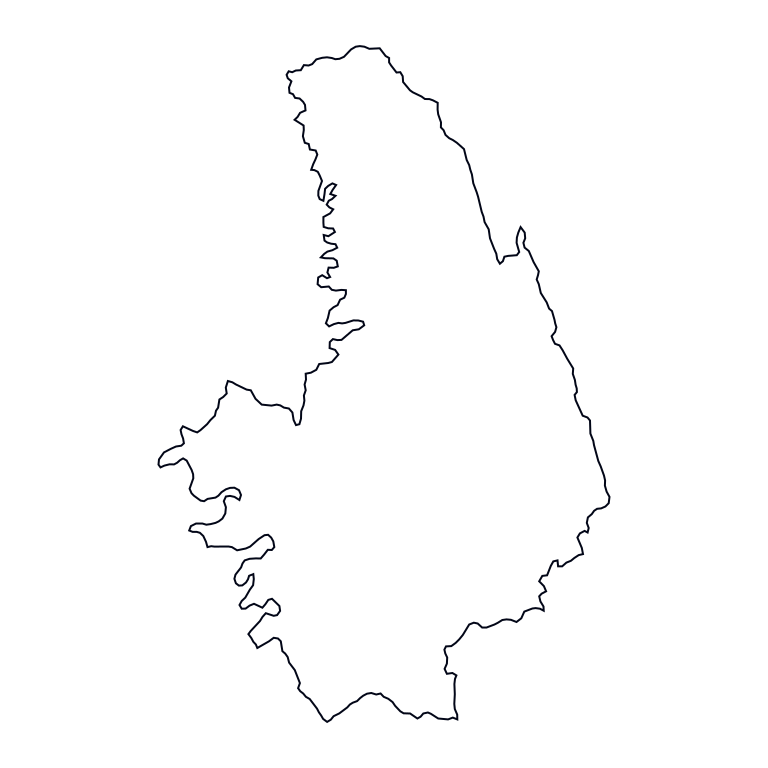 outline of Santana de Pirapama, Minas Gerais, Brazil
{"feature_id": "56859067B86062210770309", "entity_name": "Santana de Pirapama", "entity_type": "district", "adm_level": 2, "iso_a3": "BRA", "parent_name": "Brazil", "parent_adm1": "Minas Gerais", "projection": "natural_earth1", "projection_center": [-43.935, -18.888], "detail": "fine", "context": "isolated", "style": "outline", "palette": "ink", "viewbox_px": 768, "rotation_deg": 0, "n_neighbors": 0, "source": "geoboundaries", "source_scale": "gbopen_adm2", "svg_char_len": 6086}
<svg xmlns="http://www.w3.org/2000/svg" viewBox="0 0 768 768"><path d="M543.7,610.7L543.5,606.5L540.4,601.4L539.2,596.3L541.6,593.7L546.1,591.3L543.9,586.1L539.2,581.3L542.3,575.9L547.1,575.3L550.8,565.9L553.3,561.4L557.5,560.4L558.1,566.3L562.2,566.3L566.4,562.6L570.9,560.8L574.3,558.0L578.7,555.1L583.0,554.1L581.8,547.9L577.4,537.5L579.9,533.4L584.6,530.9L587.6,532.5L588.7,528.0L586.8,522.9L587.9,517.4L591.8,514.1L594.1,510.8L597.1,508.8L601.1,508.4L605.4,506.5L608.7,503.2L609.5,496.9L606.6,491.6L604.9,485.6L605.1,480.5L604.0,475.6L600.7,466.4L598.3,461.0L594.0,445.1L593.3,440.9L590.4,433.6L590.0,420.5L587.5,417.5L582.7,415.7L575.7,400.3L574.6,394.9L576.9,392.1L576.7,388.4L575.6,384.7L574.9,380.0L572.8,373.9L573.2,368.5L567.2,358.7L562.6,350.2L559.5,345.4L555.0,343.8L553.1,340.1L551.6,336.2L555.1,331.9L556.4,327.2L555.2,323.4L554.5,319.8L552.0,311.1L549.1,308.6L546.7,302.4L540.8,293.0L538.8,284.2L536.7,279.5L538.0,275.2L538.8,271.3L533.6,262.1L528.8,251.0L524.6,247.6L523.4,242.8L525.2,238.3L524.7,232.6L520.6,227.1L518.3,232.6L516.9,237.5L516.6,242.8L519.2,252.0L516.8,255.2L508.1,255.9L504.4,256.7L502.9,261.2L499.9,263.7L497.2,259.2L496.3,253.7L494.1,248.8L490.0,238.3L488.7,229.3L484.6,222.1L483.5,216.6L481.7,211.8L478.1,196.8L476.7,192.3L473.3,183.3L471.9,174.4L470.3,169.7L469.2,165.1L466.7,160.0L464.0,149.1L456.9,142.8L452.8,140.0L449.2,138.2L445.5,134.9L443.6,130.2L440.9,127.4L441.0,122.3L438.2,114.3L437.6,109.7L437.7,102.8L432.9,100.3L429.5,99.1L424.9,99.0L421.5,96.5L412.8,92.3L410.0,90.3L403.1,82.0L402.7,76.2L400.3,72.2L396.5,72.5L391.1,65.5L389.1,62.4L389.1,58.0L385.6,56.0L379.7,48.3L369.3,48.8L364.4,46.7L359.8,46.1L355.7,46.7L351.1,49.4L344.0,56.8L339.5,58.8L335.3,59.2L331.8,58.0L327.0,57.3L322.2,57.8L316.3,59.4L312.2,64.1L308.6,65.5L303.9,65.1L300.8,70.2L295.8,70.5L292.2,72.2L288.7,71.3L286.6,74.8L287.8,78.3L291.4,81.3L289.0,87.5L289.5,92.8L293.0,94.2L295.1,97.9L299.6,98.5L303.1,101.8L305.0,104.9L305.5,110.4L300.1,112.8L297.6,116.9L294.6,119.8L303.6,125.5L303.8,130.0L302.9,136.2L304.8,142.8L308.7,144.0L309.9,149.5L315.7,150.5L317.3,154.6L315.4,159.5L313.2,164.2L311.2,169.8L314.4,170.1L317.8,171.8L319.7,175.5L322.0,181.0L318.4,190.9L318.3,195.6L319.7,199.1L323.4,200.8L324.5,194.1L325.1,188.8L328.2,185.9L332.4,183.4L336.1,185.0L332.7,189.8L330.3,194.0L335.5,195.8L332.0,199.1L328.8,200.7L326.7,204.6L329.4,207.4L333.2,209.3L330.1,213.4L323.4,217.0L323.4,222.8L323.7,226.9L328.2,228.3L333.1,228.5L334.9,232.0L328.4,236.2L323.7,235.0L324.5,240.6L327.2,242.5L331.1,243.7L335.5,244.2L337.2,247.7L332.4,250.2L327.4,251.6L324.2,253.9L320.9,257.4L324.9,258.2L333.4,258.4L336.7,260.7L337.8,266.4L333.8,267.8L328.6,267.6L327.4,272.5L330.1,277.0L327.0,278.2L322.2,275.2L318.2,277.5L317.6,284.2L321.2,287.2L328.8,286.5L331.8,289.8L335.9,290.6L341.4,289.9L345.9,290.2L345.9,294.0L344.3,297.7L340.1,299.7L337.6,305.1L333.6,307.2L329.6,310.6L327.9,318.0L325.9,323.3L329.1,326.4L333.9,324.1L338.4,322.9L342.1,323.4L345.5,322.9L353.4,320.4L358.4,320.5L363.1,321.7L364.2,325.3L358.8,329.3L352.7,330.3L341.5,339.9L337.4,340.1L332.9,339.1L329.8,342.1L329.6,348.1L335.1,349.9L338.4,354.6L331.9,362.0L328.2,363.0L319.2,364.0L316.3,369.8L310.9,372.7L305.7,373.7L306.0,379.6L304.6,384.5L305.7,390.3L303.9,395.5L304.4,400.7L303.5,405.4L301.2,411.2L301.0,418.7L299.4,424.2L296.0,425.1L293.6,420.0L292.4,412.5L288.9,408.5L283.9,407.6L280.3,405.4L276.7,404.6L271.6,405.6L261.7,404.6L255.5,398.8L250.8,390.3L246.6,389.6L236.0,384.5L232.4,382.3L227.9,381.0L225.8,387.6L226.7,393.5L223.2,397.0L219.4,399.5L218.1,407.7L216.0,410.7L214.9,415.7L210.4,420.1L207.1,424.2L200.4,430.2L197.2,432.4L193.1,431.0L182.9,426.3L180.6,430.0L181.5,434.3L183.1,438.5L183.9,443.3L181.3,445.7L176.0,446.5L170.9,448.8L164.0,452.4L159.0,459.4L158.5,464.6L160.5,467.4L164.4,465.6L169.6,464.3L174.1,464.4L177.2,462.7L180.0,460.2L183.1,458.4L186.7,460.6L191.6,469.9L193.1,474.2L193.3,478.3L189.6,488.7L191.5,493.2L193.9,495.7L200.6,500.6L204.1,501.2L207.6,498.9L215.5,497.6L218.4,495.7L221.5,492.2L225.9,489.3L230.0,487.9L234.4,487.7L239.0,490.2L241.0,495.0L239.4,500.0L234.5,496.9L230.0,495.9L225.9,496.5L223.8,501.2L225.9,507.2L225.3,513.5L222.4,518.6L218.7,521.4L215.5,522.9L210.6,524.1L206.3,524.7L202.3,523.5L196.1,523.5L190.9,526.1L189.2,530.5L192.7,531.9L196.8,531.9L199.9,532.8L203.3,536.0L206.0,541.8L207.5,547.1L211.2,546.2L214.4,546.6L228.4,546.5L231.9,547.1L237.1,550.3L245.8,548.5L250.1,546.6L258.6,539.1L264.5,535.2L268.1,534.8L271.2,537.6L273.3,541.4L274.3,547.1L271.8,550.0L267.8,549.8L264.1,554.6L260.7,558.5L255.8,558.4L249.6,558.8L244.7,560.4L242.5,563.5L241.1,567.4L235.5,574.6L234.4,578.8L235.9,583.3L238.9,585.6L242.3,585.4L246.0,582.5L248.0,579.3L249.1,575.8L253.3,574.1L253.8,579.0L253.1,585.2L249.9,589.6L245.3,597.6L241.7,601.0L239.5,605.0L241.7,608.7L245.6,608.6L249.6,605.6L254.0,603.8L262.4,607.7L265.4,604.2L268.3,599.9L272.0,598.8L279.4,606.0L280.1,610.9L277.1,615.1L273.7,615.8L265.8,613.2L262.5,616.9L260.0,621.0L250.7,631.0L248.4,634.1L251.3,638.0L253.4,641.9L255.9,644.5L257.3,648.0L269.0,641.3L273.7,637.8L278.0,638.5L280.8,641.3L282.4,651.2L285.3,653.7L287.7,657.1L289.1,662.6L294.8,670.1L299.9,683.1L298.1,688.2L300.2,691.2L303.2,693.5L305.9,696.8L309.7,699.0L317.0,708.6L318.9,712.3L321.1,715.4L323.1,718.9L327.1,721.9L330.8,719.7L333.6,716.2L339.3,713.4L347.3,707.4L349.9,704.5L352.8,702.7L357.1,701.1L360.1,698.1L363.2,695.7L367.0,693.7L371.3,693.0L376.2,694.5L380.6,693.5L383.7,696.8L388.3,698.8L392.6,702.1L395.1,705.8L400.3,711.3L403.6,713.3L410.1,713.5L417.4,718.5L420.6,716.7L423.3,713.5L427.9,712.5L430.9,713.8L438.2,718.5L448.1,719.4L452.8,717.6L457.3,719.4L457.2,714.6L454.8,709.0L454.3,703.9L454.8,694.2L454.4,684.0L455.0,678.9L456.4,675.4L452.4,673.0L446.9,673.8L444.6,668.9L446.9,663.6L447.2,657.5L445.3,653.5L444.4,649.6L446.0,646.4L451.3,646.1L455.7,642.9L459.2,639.4L462.8,635.0L469.2,624.5L473.8,622.7L477.7,623.5L482.1,627.5L486.6,627.5L494.5,624.5L497.8,622.8L502.3,620.0L506.5,619.4L510.9,619.8L516.5,622.0L521.3,618.3L524.3,611.6L532.4,608.5L535.6,608.1L539.9,608.7L543.7,610.7Z" fill="none" stroke="#020617" stroke-width="2"/></svg>